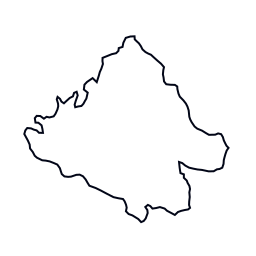 São José da Bela Vista, São Paulo, Brazil (orthographic projection), rotated 97°
{"feature_id": "56859067B616331535094", "entity_name": "São José da Bela Vista", "entity_type": "district", "adm_level": 2, "iso_a3": "BRA", "parent_name": "Brazil", "parent_adm1": "São Paulo", "projection": "orthographic", "projection_center": [-47.627, -20.59], "detail": "fine", "context": "isolated", "style": "outline", "palette": "ink", "viewbox_px": 256, "rotation_deg": 97, "n_neighbors": 0, "source": "geoboundaries", "source_scale": "gbopen_adm2", "svg_char_len": 2387}
<svg xmlns="http://www.w3.org/2000/svg" viewBox="0 0 256 256"><g transform="rotate(97 128 128)"><path d="M160.3,222.7L163.4,219.6L166.9,217.2L168.6,214.7L170.5,209.2L170.4,205.6L170.7,201.7L171.8,197.4L172.9,193.7L176.2,190.7L179.1,189.4L181.8,188.1L183.8,185.2L183.8,181.5L183.2,178.6L180.8,173.6L180.2,170.3L181.4,166.8L184.3,163.7L187.0,161.7L190.0,159.3L191.5,152.8L193.4,147.3L195.7,141.3L198.4,134.0L198.9,128.9L199.1,124.3L201.2,122.4L204.4,120.6L207.2,119.6L210.9,119.9L213.3,116.9L214.2,113.0L217.1,106.7L219.8,103.5L218.4,101.1L215.6,99.4L210.0,98.1L207.1,98.8L204.3,101.2L201.9,98.9L202.8,96.3L205.0,93.9L204.0,90.3L202.6,86.7L203.5,81.8L205.4,79.2L206.9,75.2L208.6,70.9L205.3,68.2L203.8,65.2L202.5,61.7L201.5,58.4L199.7,56.7L197.0,58.0L193.4,58.3L189.0,58.3L184.4,59.3L181.0,59.0L178.0,60.0L175.3,62.1L173.0,63.3L170.6,66.5L167.2,66.9L166.4,70.4L163.7,71.2L161.1,71.9L158.1,72.6L155.5,73.2L156.2,69.9L158.3,66.6L159.9,62.6L160.4,58.1L160.7,53.9L160.6,49.5L160.9,46.0L161.2,42.7L160.5,37.7L158.2,34.7L157.5,32.1L155.9,29.6L152.0,28.8L148.2,29.0L145.7,28.7L141.9,28.1L138.3,27.3L135.5,25.8L133.6,28.1L131.1,29.8L128.6,31.4L125.5,32.7L122.8,34.8L122.4,37.9L124.0,40.6L124.9,46.8L123.6,49.9L121.6,54.2L120.2,59.2L118.4,62.1L114.4,65.6L111.9,67.3L109.4,68.5L103.2,69.9L99.5,71.6L96.7,73.5L93.8,76.4L90.6,80.4L87.7,82.1L83.4,83.7L80.8,84.2L79.5,86.7L79.9,91.3L79.9,95.4L77.4,97.9L73.4,98.9L70.5,99.9L66.3,100.0L63.2,99.7L60.2,103.0L57.7,106.8L54.2,111.8L52.5,114.1L51.7,116.9L50.5,119.9L48.2,123.2L45.2,125.2L42.6,127.5L40.9,129.9L39.2,132.1L36.2,132.7L36.9,136.8L38.8,141.2L44.0,143.0L48.2,143.3L49.8,146.9L52.6,146.9L55.2,148.9L56.7,153.1L59.1,157.4L61.5,161.8L64.7,161.5L67.5,160.7L72.4,161.7L75.9,162.8L79.4,163.3L86.3,164.6L82.8,169.2L87.3,174.3L90.3,176.5L95.2,176.5L97.8,172.3L103.9,172.9L106.3,174.0L109.4,175.2L111.8,176.9L112.7,180.1L113.8,182.9L111.3,183.8L107.6,183.2L101.8,181.9L98.3,183.4L99.7,185.8L103.3,186.5L105.3,189.5L108.2,192.0L111.3,194.6L109.9,197.3L107.4,199.0L105.7,201.7L108.2,202.2L112.3,200.4L114.9,199.9L118.2,200.3L122.7,201.7L125.5,203.2L127.1,207.3L126.8,210.2L129.0,212.6L126.8,216.5L127.1,220.1L129.6,221.7L133.9,220.5L133.7,217.6L135.9,214.1L139.5,212.8L143.2,211.8L143.6,215.7L141.5,218.4L141.1,221.3L140.2,224.1L140.3,228.0L142.9,229.6L146.6,230.2L152.6,225.9L156.4,223.6L160.3,222.7Z" fill="none" stroke="#020617" stroke-width="2"/></g></svg>